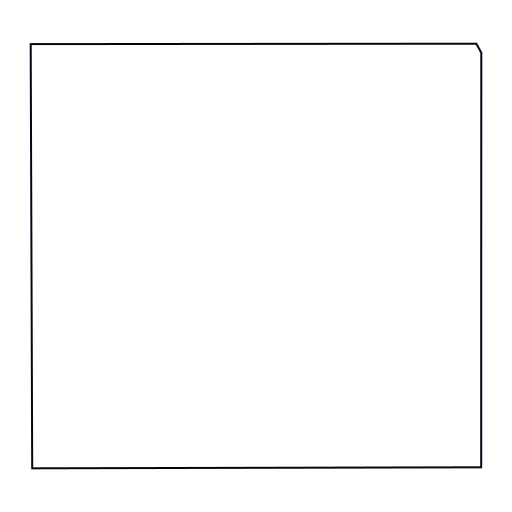 the district of Wheeler, Nebraska, United States of America
{"feature_id": "52423323B94161938394802", "entity_name": "Wheeler", "entity_type": "district", "adm_level": 2, "iso_a3": "USA", "parent_name": "United States of America", "parent_adm1": "Nebraska", "projection": "natural_earth1", "projection_center": [-98.469, 41.915], "detail": "fine", "context": "isolated", "style": "outline", "palette": "ink", "viewbox_px": 512, "rotation_deg": 0, "n_neighbors": 0, "source": "geoboundaries", "source_scale": "gbopen_adm2", "svg_char_len": 217}
<svg xmlns="http://www.w3.org/2000/svg" viewBox="0 0 512 512"><path d="M481.2,255.5L481.3,52.7L476.3,43.7L30.7,44.1L32.2,468.3L38.9,468.3L481.2,467.3L481.2,255.5Z" fill="none" stroke="#020617" stroke-width="2"/></svg>